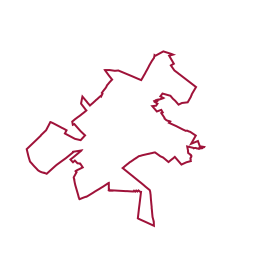 the district of Zumpango, México, Mexico, rotated 122°
{"feature_id": "50627088B21767491225911", "entity_name": "Zumpango", "entity_type": "district", "adm_level": 2, "iso_a3": "MEX", "parent_name": "Mexico", "parent_adm1": "México", "projection": "orthographic", "projection_center": [-99.071, 19.813], "detail": "fine", "context": "isolated", "style": "outline", "palette": "rose", "viewbox_px": 256, "rotation_deg": 122, "n_neighbors": 0, "source": "geoboundaries", "source_scale": "gbopen_adm2", "svg_char_len": 5571}
<svg xmlns="http://www.w3.org/2000/svg" viewBox="0 0 256 256"><g transform="rotate(122 128 128)"><path d="M199.4,71.8L199.4,71.1L198.8,66.5L198.6,65.1L198.2,62.1L197.2,54.2L194.1,56.3L193.9,56.4L193.5,56.9L193.4,56.9L190.5,60.0L188.3,61.7L184.2,64.8L183.4,65.5L182.4,66.1L180.5,67.6L177.6,69.8L177.4,70.0L176.7,70.5L175.9,71.1L173.7,72.7L172.7,73.4L171.8,74.2L170.9,74.9L170.1,75.6L169.4,76.4L169.2,76.6L169.1,77.2L168.9,78.8L168.7,80.4L168.5,82.0L168.1,84.4L167.9,85.9L167.8,86.6L167.5,88.9L167.5,89.2L164.8,111.3L163.7,110.9L161.7,110.3L160.3,109.8L159.6,109.6L158.6,109.2L157.5,108.8L156.5,108.5L156.2,108.4L155.8,108.2L155.3,108.0L154.7,107.6L154.1,107.4L153.4,107.1L152.6,106.7L151.7,106.4L150.7,105.9L149.3,105.3L149.3,105.2L146.2,103.9L145.5,103.2L144.8,102.5L144.7,102.4L144.4,102.2L143.4,101.3L138.9,96.8L138.9,96.7L137.4,95.3L136.7,94.5L135.6,93.5L134.4,92.2L134.5,90.2L134.7,87.1L134.8,86.3L134.8,85.5L134.7,84.5L134.5,83.3L134.5,83.0L134.5,82.9L134.4,82.7L134.9,79.1L135.0,78.5L135.4,75.6L131.8,74.4L129.7,73.6L129.0,73.4L127.7,73.0L130.7,63.3L127.0,60.9L126.1,60.3L122.8,57.2L122.3,57.7L121.8,58.1L121.4,58.2L121.0,58.7L120.8,58.9L120.4,59.1L120.0,59.1L119.6,59.0L119.2,59.0L118.7,59.3L118.3,59.5L118.1,59.4L118.0,59.5L118.0,60.1L118.0,60.3L117.5,60.5L117.5,60.8L117.4,61.5L117.4,62.5L117.3,62.9L117.4,63.5L116.3,64.6L115.7,64.8L112.3,68.0L110.3,62.3L110.4,61.5L110.0,61.3L109.7,60.9L109.0,60.0L108.8,58.5L108.4,58.1L108.3,57.9L108.2,57.2L107.3,57.0L107.2,57.0L107.7,56.4L107.3,56.1L106.5,56.6L105.8,55.9L106.1,55.7L106.2,54.8L105.6,54.2L104.5,54.8L104.3,54.3L104.0,53.9L103.8,53.3L103.7,53.3L105.1,56.6L105.5,57.3L102.0,61.8L107.9,66.1L98.5,66.5L98.3,72.9L98.3,73.2L98.5,74.0L98.7,74.7L98.9,76.5L99.8,77.5L100.2,80.7L100.6,85.3L100.7,86.3L100.8,87.8L101.9,96.0L100.1,95.7L100.3,96.7L100.4,96.9L100.9,98.4L101.0,99.8L100.6,102.1L100.0,102.5L97.7,107.7L97.2,107.4L96.4,106.8L95.0,109.4L98.7,112.3L96.6,119.0L94.2,116.0L91.7,115.9L91.7,119.5L91.4,119.9L90.6,118.8L90.6,119.3L90.3,119.0L89.8,118.3L89.6,118.6L89.3,117.9L89.2,117.8L89.0,118.0L88.4,117.5L87.5,116.6L87.7,117.2L87.7,117.3L87.6,117.2L87.4,116.7L86.4,115.8L86.0,115.6L85.7,115.2L85.2,115.2L85.2,114.9L84.5,114.2L83.8,113.8L84.0,117.3L80.5,117.0L78.2,109.1L79.4,105.4L79.9,102.4L81.4,97.5L78.2,95.5L74.6,91.0L68.4,91.2L66.6,91.6L66.3,91.5L65.5,91.8L57.2,92.0L55.2,112.7L55.2,113.0L55.1,114.1L54.9,115.4L54.9,115.9L54.8,117.0L54.6,119.2L52.2,124.8L49.2,123.2L44.9,131.4L41.9,128.7L42.2,130.4L44.3,138.6L52.1,143.0L52.1,144.1L52.3,144.0L54.8,143.1L56.0,143.2L57.1,143.2L58.3,143.3L61.3,143.2L63.8,143.1L65.6,142.9L68.3,142.7L71.0,142.6L73.2,142.4L75.1,142.4L76.3,142.3L79.6,142.2L80.4,142.2L81.0,145.7L81.9,151.7L83.7,162.7L84.3,166.2L84.4,166.8L84.7,167.1L86.5,169.5L87.8,172.5L88.6,174.3L90.9,178.0L91.0,178.2L91.1,178.3L93.6,172.1L94.8,168.7L95.4,167.1L96.3,167.4L97.2,167.5L98.0,167.7L98.7,167.8L99.1,167.9L100.0,168.0L101.6,168.2L102.5,168.4L103.0,168.4L103.4,168.4L103.8,168.3L104.1,168.2L104.3,168.2L104.6,168.2L105.0,168.2L105.4,168.2L105.9,168.2L107.0,168.3L107.7,168.4L108.2,168.5L108.8,168.5L110.3,168.7L110.7,168.7L111.4,168.7L111.9,168.8L112.1,168.8L112.4,167.8L115.4,167.5L115.2,168.1L118.1,169.0L119.0,169.2L120.0,169.5L121.4,170.0L122.4,170.2L124.1,170.7L124.9,170.9L125.9,171.2L127.1,171.6L129.1,172.2L128.8,173.1L127.9,176.1L127.6,176.7L125.5,183.3L129.3,181.9L129.9,181.6L130.3,181.5L130.8,181.3L131.6,181.0L131.9,180.9L132.3,180.5L132.4,180.2L132.8,179.2L134.1,175.7L134.5,174.7L135.2,172.8L135.2,172.6L135.3,172.6L138.0,173.5L139.1,173.9L139.9,174.2L140.4,174.4L141.9,174.9L143.5,175.5L145.6,176.4L147.2,177.0L148.4,177.5L151.5,178.5L152.1,178.7L154.5,176.5L153.1,175.6L154.4,171.3L155.1,168.9L155.8,166.5L156.6,162.6L157.0,160.5L163.4,161.7L165.3,167.2L166.1,178.6L162.5,178.9L162.7,182.5L162.9,184.0L163.0,185.9L163.6,193.8L164.0,196.8L164.1,197.0L168.8,196.6L169.3,196.6L170.4,196.5L170.7,196.5L171.2,196.4L171.8,196.4L172.6,196.3L172.9,196.3L173.5,196.3L173.9,196.4L174.6,196.6L180.2,198.0L180.6,197.9L186.7,199.4L194.9,201.5L199.6,202.7L204.9,197.3L208.4,193.3L209.2,190.4L209.2,190.2L209.3,190.0L209.4,189.9L209.7,188.8L210.2,187.1L211.0,183.8L211.5,182.2L211.5,181.7L211.6,181.4L211.5,179.0L211.3,178.1L211.2,177.5L211.0,176.8L210.6,175.4L210.4,175.4L209.9,172.7L208.1,172.2L200.4,170.0L198.0,169.3L196.3,168.7L195.6,168.4L192.1,167.0L191.1,166.6L189.9,166.1L186.5,164.7L177.7,161.7L177.3,162.0L177.1,161.8L176.5,161.1L174.6,158.9L174.0,158.2L173.4,157.5L171.7,155.6L172.0,155.6L172.5,155.8L176.5,157.1L181.9,158.9L185.2,160.1L185.6,158.8L185.9,157.8L186.2,156.5L183.8,155.8L184.2,154.1L184.7,152.1L183.7,150.2L183.8,150.0L183.7,149.9L183.5,149.7L183.8,149.0L184.1,148.3L184.7,147.0L185.4,145.5L187.2,146.6L189.3,147.9L190.2,148.5L190.7,148.8L192.2,149.6L192.3,149.5L192.5,149.5L192.8,148.6L192.8,148.2L198.6,147.9L199.2,147.4L199.3,147.3L199.4,147.1L199.5,146.9L199.9,146.6L200.2,146.4L200.2,146.2L200.4,146.0L200.6,146.0L202.8,144.0L204.5,142.3L211.2,134.8L211.5,134.5L213.2,132.7L213.6,132.0L214.1,131.5L214.1,131.4L210.4,128.7L209.4,127.9L208.4,127.1L208.4,126.9L207.8,126.5L207.2,126.2L206.4,125.8L202.6,123.9L201.2,123.2L199.4,122.4L199.2,122.3L196.7,121.0L195.0,120.1L192.9,119.1L191.0,118.1L184.8,115.3L184.7,115.2L189.5,112.2L189.6,111.9L191.1,111.3L191.0,110.6L190.2,109.3L190.1,109.9L183.2,97.3L183.1,97.1L182.4,95.9L181.9,95.1L181.6,94.5L179.1,89.9L178.0,89.7L178.2,88.2L176.7,87.9L176.9,86.4L175.4,86.0L175.6,84.6L175.7,83.8L175.3,83.1L186.4,77.9L191.0,75.8L192.0,75.3L196.2,73.3L197.9,72.5L199.4,71.8Z" fill="none" stroke="#9f1239" stroke-width="2"/></g></svg>